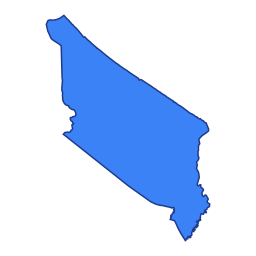 Tak Bai, Narathiwat, Thailand (Mercator projection)
{"feature_id": "78962969B25686112002312", "entity_name": "Tak Bai", "entity_type": "district", "adm_level": 2, "iso_a3": "THA", "parent_name": "Thailand", "parent_adm1": "Narathiwat", "projection": "mercator", "projection_center": [102.027, 6.239], "detail": "fine", "context": "isolated", "style": "filled", "palette": "blue", "viewbox_px": 256, "rotation_deg": 0, "n_neighbors": 0, "source": "geoboundaries", "source_scale": "gbopen_adm2", "svg_char_len": 5735}
<svg xmlns="http://www.w3.org/2000/svg" viewBox="0 0 256 256"><path d="M62.5,95.2L62.7,98.9L62.9,100.4L63.3,101.5L64.6,103.7L65.6,104.7L66.5,105.2L68.6,105.8L68.7,106.4L69.3,107.6L69.7,107.9L71.1,108.9L71.5,109.2L72.6,109.6L72.9,109.7L73.4,109.7L74.4,110.0L75.6,112.6L75.8,113.5L75.9,114.3L75.8,114.9L75.6,115.4L75.1,115.9L74.8,116.2L74.5,116.4L72.8,116.8L71.8,117.5L71.5,117.5L71.0,117.4L70.7,117.5L70.3,117.9L70.3,119.1L70.7,120.1L71.4,121.1L72.0,121.4L72.3,121.6L72.8,122.8L73.5,123.4L73.6,123.6L73.5,123.9L72.3,124.3L72.0,124.8L72.0,126.0L72.4,127.8L72.4,128.2L72.5,129.0L72.4,129.4L72.0,129.8L71.0,130.3L70.7,131.3L70.6,131.6L70.4,131.8L68.9,132.3L68.1,132.3L67.3,132.1L67.0,132.1L64.8,132.6L64.3,133.1L63.3,134.3L64.3,135.0L128.7,186.1L150.8,201.8L155.1,203.8L157.6,204.7L159.0,204.9L159.6,205.2L162.7,205.6L164.5,206.0L165.4,206.3L166.1,206.3L166.8,206.6L169.3,207.1L170.8,207.5L171.3,207.9L171.6,208.0L172.0,208.0L173.1,207.4L173.4,207.4L174.0,208.1L174.3,208.8L174.1,209.1L173.6,209.5L173.7,209.9L174.3,210.1L174.4,210.5L174.3,210.9L174.1,211.4L173.4,211.9L173.2,212.1L173.4,212.3L174.1,212.1L174.2,212.3L174.1,212.5L173.8,212.7L172.9,213.2L172.5,213.5L172.2,213.9L172.1,214.7L171.9,214.9L171.1,215.1L170.9,215.3L170.8,216.0L171.4,216.5L171.4,216.8L171.3,217.0L170.9,217.0L171.0,217.6L170.8,217.8L170.5,218.1L170.7,218.8L170.5,219.1L170.3,219.4L174.2,220.6L175.1,221.6L177.9,227.8L179.0,230.0L181.1,233.8L185.1,240.1L185.3,240.6L185.7,240.4L186.0,240.0L186.3,239.0L186.5,238.5L186.9,238.4L187.5,238.8L187.8,238.7L187.5,238.0L187.6,237.4L188.0,236.8L188.3,236.4L188.5,236.3L188.9,236.6L189.0,237.2L189.4,237.5L189.8,237.6L190.2,237.6L190.5,237.5L190.7,237.3L190.8,236.9L190.4,236.1L190.4,235.8L190.5,235.7L191.2,235.5L191.4,235.4L191.7,235.1L191.9,234.7L191.9,234.4L191.6,233.0L191.7,232.5L191.8,232.1L192.0,231.9L192.5,231.6L193.7,231.6L193.9,231.3L193.9,231.2L193.1,230.7L192.7,230.4L192.6,229.9L192.7,229.4L192.9,229.2L193.2,229.2L194.2,230.1L194.5,230.2L194.8,230.1L195.0,229.9L195.1,229.5L195.0,229.1L194.7,228.7L193.9,228.4L193.8,228.1L193.9,227.9L195.0,227.1L195.4,226.5L195.7,226.6L195.8,227.2L196.0,227.5L196.5,227.6L196.7,227.4L197.3,226.4L197.9,225.9L198.1,225.6L198.1,225.4L197.9,225.2L197.0,225.3L196.6,225.2L196.5,224.8L196.7,224.6L197.2,224.7L197.6,224.6L198.0,223.7L198.2,223.3L198.1,223.0L197.7,222.5L196.7,222.0L196.5,221.7L196.5,221.4L196.9,221.2L197.2,221.2L197.5,221.3L198.2,221.8L198.5,221.8L198.7,221.6L198.8,220.4L198.9,219.9L199.1,219.8L199.3,219.8L200.0,220.4L200.5,220.2L200.6,219.9L200.3,218.8L200.2,218.3L200.4,217.4L200.4,216.2L201.0,214.0L201.2,213.8L201.5,213.7L202.8,214.2L203.1,214.2L203.3,214.1L203.7,213.9L203.9,212.8L204.2,212.4L204.4,212.3L205.0,212.3L205.9,212.7L206.2,212.7L206.3,212.6L206.4,212.2L206.1,211.7L205.8,211.5L204.8,211.0L204.7,210.8L204.7,210.5L204.8,210.4L205.0,210.2L206.3,209.8L206.6,209.6L206.8,209.3L207.1,208.2L207.5,207.7L208.9,206.9L209.2,206.6L209.4,206.2L209.7,204.7L209.7,204.2L209.5,203.8L209.1,203.5L207.8,202.8L207.5,202.5L207.3,202.1L207.2,201.3L207.3,200.9L207.6,200.2L208.1,199.6L208.2,199.0L208.0,198.4L207.1,197.1L206.8,196.5L206.6,195.8L206.4,195.5L206.1,195.3L205.7,195.1L205.2,195.0L204.0,196.1L203.3,196.4L202.9,196.3L202.5,195.8L202.1,194.2L202.0,193.0L202.0,192.7L202.1,192.2L202.5,191.5L203.1,190.8L203.4,190.4L203.4,189.8L203.1,189.1L202.8,188.7L200.9,187.1L200.7,186.5L200.8,185.1L200.7,184.8L200.5,184.7L200.2,184.7L198.9,185.5L198.4,185.7L197.9,185.6L197.4,185.1L197.3,184.4L197.4,183.4L198.0,181.7L198.5,179.7L199.1,178.1L199.2,177.2L198.8,173.7L198.4,172.3L198.0,171.2L196.9,169.4L196.5,168.6L196.6,168.0L197.1,165.9L197.2,165.4L197.2,164.6L196.8,163.3L196.6,162.2L198.2,159.9L198.6,159.2L198.8,158.3L198.8,157.5L198.1,155.7L198.1,153.6L197.9,152.1L198.5,150.1L198.4,147.9L198.6,145.6L198.7,145.2L199.6,144.0L199.7,143.7L199.6,142.9L198.9,140.2L199.0,139.3L199.3,138.7L199.6,138.3L201.9,135.8L206.4,132.7L207.9,131.5L208.4,131.0L208.6,130.4L208.6,129.1L208.3,128.3L206.7,124.5L206.2,123.0L205.8,122.9L204.8,122.4L204.2,121.9L203.3,120.8L202.3,120.5L200.2,118.7L199.8,118.9L199.4,118.9L199.0,118.7L198.1,118.1L196.9,116.9L196.3,116.9L195.6,116.6L193.6,114.9L192.8,114.6L192.2,114.1L189.8,113.0L189.3,112.7L186.6,110.5L183.5,108.2L182.4,107.3L181.2,106.7L180.2,105.8L179.4,105.5L178.4,105.0L176.5,103.4L175.1,102.4L174.6,102.3L174.4,102.3L174.2,102.4L173.6,102.2L173.7,101.9L173.7,101.4L173.5,101.2L169.3,98.6L168.7,98.1L166.8,97.0L165.0,95.4L164.2,95.1L163.2,94.4L162.7,94.2L162.0,93.6L160.8,92.8L159.8,92.0L158.3,91.1L157.8,91.0L157.0,90.2L154.8,88.6L154.3,88.4L153.5,87.8L153.0,87.6L152.5,87.1L149.5,85.0L148.7,84.6L144.9,82.1L141.8,80.0L140.8,79.6L140.1,79.8L139.2,80.1L138.5,79.1L138.7,78.8L138.2,78.2L137.0,77.5L136.5,77.0L136.2,76.9L133.8,75.3L133.1,74.9L132.4,74.4L131.6,73.9L130.6,73.2L129.4,72.4L126.8,70.4L126.6,70.3L125.2,69.4L124.7,69.2L124.1,68.7L123.5,68.4L122.8,67.8L122.0,67.4L119.7,65.7L118.4,64.6L118.0,64.4L117.3,63.8L116.1,63.2L115.2,62.4L113.4,61.2L112.3,60.1L111.3,59.5L110.6,58.8L109.1,57.9L107.9,56.7L106.4,55.7L104.9,54.3L104.6,54.2L103.5,53.2L102.6,52.6L101.7,51.6L101.2,51.3L100.6,50.7L98.7,49.4L97.5,48.3L97.1,48.2L96.8,48.3L96.4,47.9L96.5,47.8L96.4,47.5L93.0,44.6L92.7,44.2L92.3,44.1L91.1,42.8L89.6,41.4L87.6,39.8L84.7,36.8L84.4,37.0L84.1,37.1L83.7,37.1L82.9,36.3L78.3,30.5L77.6,29.9L76.7,28.7L75.9,27.9L75.1,27.4L74.7,26.8L74.2,26.5L73.1,25.0L72.8,24.9L72.0,24.2L71.4,23.4L70.1,22.0L69.8,21.8L68.6,20.2L68.2,19.9L67.5,19.2L67.0,18.8L66.2,18.0L65.0,16.5L64.2,15.8L63.9,15.4L60.1,18.1L56.4,19.6L52.9,20.2L49.5,19.9L47.9,20.7L46.3,24.4L47.8,31.1L51.2,38.6L53.1,40.2L58.9,43.9L61.2,45.8L62.1,78.4L62.5,80.1L61.9,87.5L61.9,90.8L62.3,91.4L62.6,92.5L62.5,95.2Z" fill="#3b82f6" stroke="#1e3a8a" stroke-width="1.5"/></svg>